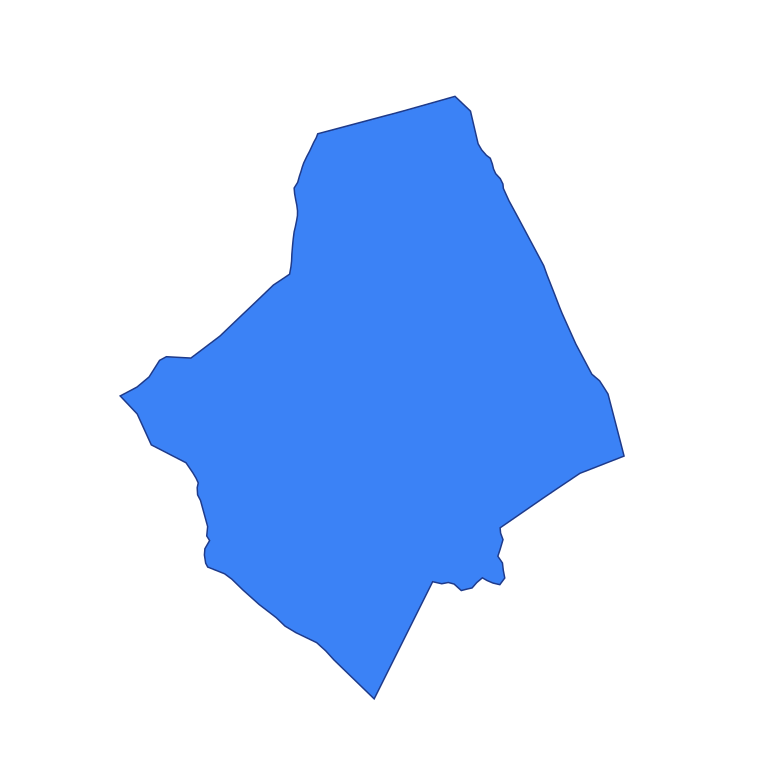 Itainópolis, Piauí, Brazil (orthographic projection), rotated 315°
{"feature_id": "56859067B45157254788804", "entity_name": "Itainópolis", "entity_type": "district", "adm_level": 2, "iso_a3": "BRA", "parent_name": "Brazil", "parent_adm1": "Piauí", "projection": "orthographic", "projection_center": [-41.486, -7.407], "detail": "fine", "context": "isolated", "style": "filled", "palette": "blue", "viewbox_px": 768, "rotation_deg": 315, "n_neighbors": 0, "source": "geoboundaries", "source_scale": "gbopen_adm2", "svg_char_len": 1551}
<svg xmlns="http://www.w3.org/2000/svg" viewBox="0 0 768 768"><g transform="rotate(315 384 384)"><path d="M176.4,262.5L188.3,299.7L186.0,311.8L184.5,317.7L182.7,322.6L178.6,325.2L173.8,330.6L171.9,336.6L158.5,360.1L151.2,366.1L150.0,371.4L140.9,373.8L136.1,377.9L131.2,384.6L129.9,388.8L137.1,405.5L138.4,414.4L138.6,429.9L139.8,451.7L142.6,473.1L142.8,485.2L145.9,497.6L153.5,519.3L153.8,525.4L154.1,531.4L153.5,544.0L154.4,599.7L278.6,558.2L283.6,566.1L289.1,569.8L292.1,575.0L292.6,584.7L297.5,587.6L302.1,590.5L309.2,590.0L316.5,590.6L317.9,595.8L320.3,601.8L324.0,607.8L332.2,606.6L336.6,600.1L341.2,594.3L342.7,586.3L348.9,583.2L358.1,578.2L361.0,571.9L364.4,567.8L415.8,577.2L430.9,580.1L459.4,585.7L502.8,604.7L509.8,592.9L535.3,549.5L537.0,542.1L538.7,534.2L537.9,524.0L547.9,491.4L559.9,459.9L562.3,454.2L568.0,441.4L576.3,422.4L580.6,413.3L596.8,360.1L601.9,342.9L606.7,330.1L609.5,326.7L611.4,321.1L611.7,314.2L613.5,309.4L616.2,305.0L618.8,299.5L618.1,294.7L618.6,287.5L620.4,280.7L638.1,252.2L637.6,230.8L589.7,204.0L514.1,160.2L510.1,162.0L505.3,163.4L500.1,165.3L496.0,166.8L490.4,168.5L483.6,170.9L479.6,172.8L475.8,174.9L471.4,177.1L465.5,180.4L459.0,181.9L455.4,186.2L451.7,191.5L448.8,195.9L445.3,200.4L441.8,203.8L437.4,206.9L432.4,210.2L428.0,212.9L422.3,217.3L417.3,221.4L410.6,227.1L405.6,231.7L401.1,235.3L394.9,239.6L375.8,235.8L343.1,235.1L333.3,234.8L301.9,234.1L265.8,229.1L249.4,210.8L242.0,208.6L222.9,212.9L207.2,211.5L189.0,205.9L188.3,230.7L176.4,262.5Z" fill="#3b82f6" stroke="#1e3a8a" stroke-width="1.5"/></g></svg>